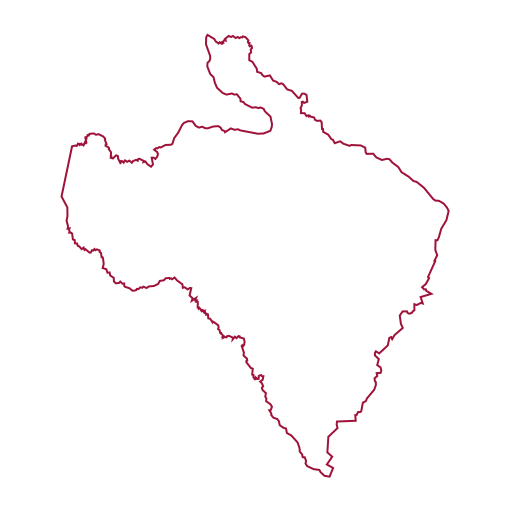 Fuente De Oro, Meta, Colombia (Natural Earth projection), rotated 179°
{"feature_id": "7082276B73436966556792", "entity_name": "Fuente De Oro", "entity_type": "district", "adm_level": 2, "iso_a3": "COL", "parent_name": "Colombia", "parent_adm1": "Meta", "projection": "natural_earth1", "projection_center": [-73.571, 3.391], "detail": "fine", "context": "isolated", "style": "outline", "palette": "rose", "viewbox_px": 512, "rotation_deg": 179, "n_neighbors": 0, "source": "geoboundaries", "source_scale": "gbopen_adm2", "svg_char_len": 6096}
<svg xmlns="http://www.w3.org/2000/svg" viewBox="0 0 512 512"><g transform="rotate(179 256 256)"><path d="M449.4,318.9L443.8,307.9L443.8,299.2L444.8,294.5L443.4,289.1L443.9,286.6L442.0,286.9L442.6,285.6L441.8,283.6L442.3,282.6L440.1,282.4L439.4,281.3L438.8,275.8L437.0,275.1L436.8,271.8L434.7,271.6L434.0,269.2L432.7,268.8L430.2,265.9L428.2,267.4L427.4,265.1L426.4,265.8L422.4,262.3L421.2,262.3L419.8,264.7L418.6,264.3L417.4,265.8L416.4,264.6L415.1,265.4L412.2,264.3L412.3,262.8L410.9,261.7L410.4,257.5L409.4,257.4L409.0,256.2L408.4,250.7L409.5,246.6L405.9,245.4L404.8,241.9L402.7,242.1L402.1,239.1L398.6,236.6L398.5,233.0L396.6,231.1L393.3,231.5L392.2,232.8L389.9,230.6L388.3,230.8L388.2,228.3L387.5,227.5L382.9,225.9L380.2,223.5L378.4,223.5L376.5,223.9L375.7,225.2L374.2,224.9L372.2,226.7L370.3,226.2L369.2,227.3L365.9,225.9L363.8,227.4L358.6,227.8L354.3,229.8L352.6,232.8L348.6,233.3L346.7,235.3L343.0,235.6L342.6,234.7L341.3,235.1L340.3,234.2L337.8,235.9L335.3,232.9L330.1,229.0L329.7,225.5L327.8,226.0L325.0,223.8L322.7,225.2L321.3,225.0L323.1,217.7L320.1,214.8L320.9,212.4L316.7,215.1L317.6,213.0L317.3,212.1L316.1,212.5L316.4,211.3L315.0,211.2L315.2,205.5L314.5,205.5L314.2,204.4L313.4,205.1L311.6,202.2L311.2,203.1L310.4,202.9L310.4,201.9L309.1,202.1L309.6,201.6L308.7,200.3L308.0,201.1L307.8,199.8L306.5,199.2L306.8,198.2L305.1,198.4L304.8,194.5L302.9,194.0L300.7,190.6L300.5,191.3L299.5,190.8L295.0,187.4L294.6,185.4L295.2,183.7L293.7,182.5L293.2,179.8L292.2,179.7L292.1,178.6L291.0,178.0L290.3,176.7L290.7,176.1L289.9,176.2L290.4,174.7L288.6,175.5L286.8,175.2L286.5,176.2L284.6,176.7L280.4,174.7L280.7,173.1L278.5,175.7L276.9,174.2L274.8,176.3L273.7,175.9L273.6,174.9L269.6,173.7L268.9,170.5L269.4,167.5L270.5,166.0L271.3,167.0L271.9,166.3L269.8,159.6L270.2,156.7L266.8,153.5L266.6,151.6L267.4,151.3L267.6,150.1L263.1,144.1L261.2,143.4L261.9,137.5L260.6,137.1L260.7,134.8L259.3,132.7L258.3,133.0L258.3,134.5L256.7,133.0L255.5,133.1L255.3,136.0L254.3,136.6L252.9,136.8L252.2,135.7L250.7,135.6L251.5,132.1L254.0,130.4L252.4,128.7L251.1,125.7L252.5,124.0L251.7,121.8L248.5,118.7L249.2,115.2L248.1,113.4L248.4,110.6L244.2,107.6L242.7,105.0L243.9,101.8L245.4,101.5L243.5,98.5L243.5,96.7L241.5,94.1L237.6,92.6L236.0,90.4L235.2,86.4L231.5,83.7L229.0,83.0L228.2,78.5L223.8,75.9L217.7,68.9L215.8,63.0L215.7,59.7L213.4,56.9L212.8,54.0L210.8,53.9L209.5,50.3L210.1,47.7L208.6,45.1L202.2,41.9L196.4,41.0L195.1,38.6L191.3,35.0L186.3,34.1L182.6,42.7L188.8,46.3L183.3,54.0L188.1,58.4L186.8,74.0L177.5,82.5L178.3,86.1L177.9,89.1L159.2,89.5L159.5,95.2L158.2,95.3L156.7,98.2L154.6,98.1L153.5,98.9L151.7,107.5L148.7,109.0L147.6,111.6L140.1,120.3L138.4,124.9L138.4,127.8L139.3,128.7L139.6,131.7L136.8,133.9L137.4,136.8L133.5,136.9L132.7,139.3L133.4,142.4L136.7,144.8L135.0,150.8L138.8,154.5L138.8,157.0L137.8,158.6L134.5,156.5L125.8,164.3L124.1,171.8L122.2,172.6L121.3,170.5L118.9,174.5L110.5,181.5L112.3,185.6L113.3,193.9L110.4,198.0L106.0,198.0L105.4,196.4L103.7,195.6L101.1,196.5L100.1,198.1L98.6,198.9L98.5,205.0L96.0,204.2L92.1,206.2L90.1,205.6L92.1,212.1L81.3,215.1L86.4,218.2L86.8,219.7L88.5,219.7L90.5,221.9L86.6,225.1L83.3,230.9L84.4,231.9L76.9,247.7L77.7,248.0L74.8,253.6L76.6,258.9L76.2,268.7L74.4,268.5L72.9,271.4L70.3,280.0L65.0,288.5L62.6,297.7L64.3,301.2L67.5,305.2L72.2,308.0L75.7,308.3L77.9,309.9L86.9,321.3L94.1,327.3L97.2,328.2L101.9,332.6L109.0,337.2L112.2,342.5L118.0,347.0L120.8,350.4L123.5,350.9L128.4,349.8L133.9,352.4L137.0,356.2L143.6,356.2L144.6,358.0L144.9,362.4L149.3,364.7L158.8,365.3L160.5,364.5L166.6,366.7L169.9,369.2L175.3,367.4L177.0,370.8L178.8,371.7L181.6,376.0L186.6,378.9L186.8,381.8L187.8,381.9L188.0,388.6L189.3,390.3L192.4,390.0L194.6,391.1L195.5,393.5L199.0,394.4L199.8,395.4L200.7,394.5L201.5,395.7L203.1,395.0L204.9,397.9L208.6,398.1L208.3,401.3L208.9,403.1L207.5,405.8L207.5,409.2L206.5,409.5L205.2,408.2L202.0,409.4L202.7,416.2L205.1,417.6L207.2,417.4L209.6,413.4L210.9,413.2L217.3,420.5L222.0,422.1L225.9,427.4L227.9,428.2L229.9,427.4L232.4,429.8L235.8,431.1L239.0,436.3L244.4,435.2L246.4,436.7L247.7,438.8L251.6,440.1L252.0,443.3L256.1,450.1L259.3,451.9L259.2,458.0L257.3,459.6L257.7,462.5L256.4,463.9L256.6,465.8L257.2,466.5L258.5,465.7L259.1,466.5L258.8,469.1L259.8,469.1L260.4,470.1L259.8,471.7L262.7,475.0L265.3,475.8L266.0,474.8L267.4,475.0L268.9,474.1L270.4,475.3L272.5,474.3L275.3,476.4L277.1,475.4L279.5,476.5L282.9,473.8L282.6,472.1L283.7,472.8L284.6,471.3L286.2,470.5L285.1,469.5L286.4,468.7L288.7,470.3L289.7,469.1L292.6,471.3L293.9,473.7L300.6,477.9L302.0,475.5L302.3,468.5L298.4,457.0L298.3,454.2L299.0,452.0L301.1,450.0L301.4,446.4L298.6,438.8L295.3,435.5L294.2,430.2L292.1,425.0L286.5,419.6L282.7,417.9L277.3,418.9L275.0,417.8L272.3,418.0L268.8,413.5L268.7,411.0L265.8,410.1L264.3,408.1L257.3,404.4L253.5,404.7L250.9,403.8L249.0,404.5L245.8,403.0L244.5,400.4L239.1,395.1L237.7,387.7L238.0,384.8L239.5,380.9L246.2,378.4L251.9,378.2L269.7,381.9L271.7,383.0L275.4,382.6L279.0,384.0L284.8,380.3L285.2,381.4L287.9,382.7L289.2,385.1L291.4,386.5L296.5,386.2L302.1,384.5L304.7,384.7L307.5,386.2L310.9,385.4L313.9,387.1L317.2,391.7L321.5,392.0L325.6,390.4L327.6,388.3L331.6,380.7L335.8,375.2L337.6,369.6L339.2,368.7L344.4,368.6L349.6,366.1L350.9,366.6L352.7,365.3L353.9,365.6L356.0,364.1L353.1,361.7L352.2,359.7L353.1,356.9L354.9,354.8L356.7,356.1L358.6,356.1L357.4,349.3L359.4,347.1L363.2,349.9L364.9,352.4L366.9,351.8L366.5,353.0L371.0,355.3L372.3,354.7L372.6,353.3L374.2,354.2L377.3,353.1L378.5,351.4L381.0,353.6L383.2,352.4L385.3,353.9L386.7,351.7L387.9,353.1L389.2,353.3L389.5,351.7L390.0,351.3L392.1,355.6L392.4,358.4L394.1,359.1L397.4,356.0L398.9,356.6L398.9,357.5L399.5,357.2L399.1,362.2L401.4,365.5L401.0,366.3L401.6,367.2L404.5,368.8L404.3,370.2L403.5,370.5L405.1,374.9L404.7,375.9L406.7,378.2L411.4,380.6L413.8,380.0L416.1,381.4L420.4,381.0L421.0,379.5L422.2,379.8L422.5,378.6L423.7,378.0L423.5,376.8L424.5,377.1L423.6,372.1L424.1,371.7L425.1,372.7L426.5,369.6L428.5,371.2L428.8,370.3L430.1,370.7L430.4,371.9L430.7,370.3L432.0,371.4L433.4,369.1L434.8,369.6L438.0,368.9L449.4,318.9Z" fill="none" stroke="#9f1239" stroke-width="2"/></g></svg>